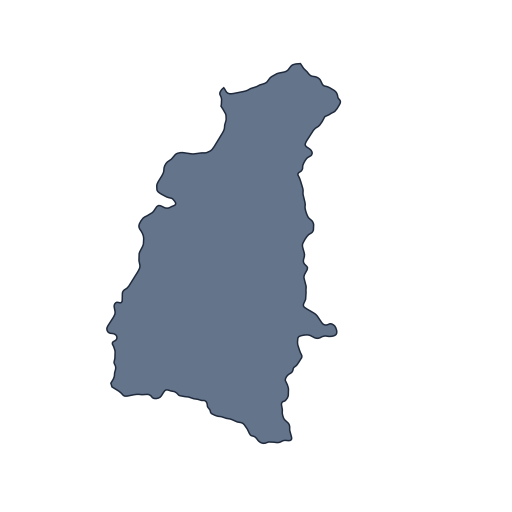 the district of Jarabacoa, La Vega, Dominican Republic, rotated 121°
{"feature_id": "3306468B89107795210133", "entity_name": "Jarabacoa", "entity_type": "district", "adm_level": 2, "iso_a3": "DOM", "parent_name": "Dominican Republic", "parent_adm1": "La Vega", "projection": "natural_earth1", "projection_center": [-70.715, 19.099], "detail": "fine", "context": "isolated", "style": "filled", "palette": "slate", "viewbox_px": 512, "rotation_deg": 121, "n_neighbors": 0, "source": "geoboundaries", "source_scale": "gbopen_adm2", "svg_char_len": 6121}
<svg xmlns="http://www.w3.org/2000/svg" viewBox="0 0 512 512"><g transform="rotate(121 256 256)"><path d="M145.6,363.2L147.2,359.9L149.6,355.6L150.7,354.3L154.0,352.1L155.0,351.6L159.8,350.3L162.9,348.8L164.8,348.3L167.6,348.1L183.9,348.2L187.3,348.5L188.6,348.9L189.7,349.4L192.5,351.3L193.7,352.5L195.7,355.8L200.7,362.1L201.4,363.3L205.2,372.3L206.4,374.1L208.3,376.1L209.4,376.9L210.6,377.4L216.6,378.4L221.0,380.4L223.1,380.8L225.8,380.7L227.8,380.2L230.9,378.7L232.8,378.2L235.6,378.0L242.7,378.1L245.5,377.8L247.2,377.1L250.4,374.9L251.1,373.8L251.5,372.6L251.7,370.4L251.7,368.2L251.4,362.9L250.9,360.8L250.0,358.1L250.0,356.9L250.3,355.9L251.0,353.8L251.8,352.4L252.6,351.7L253.7,351.6L254.7,352.0L257.1,353.8L259.2,355.1L260.1,355.9L260.8,356.9L261.6,358.7L262.0,363.0L262.3,364.3L262.9,365.4L263.4,365.8L263.9,366.1L265.0,366.5L270.3,366.8L272.2,367.2L277.5,370.0L280.0,371.6L281.8,372.3L285.2,372.7L288.6,372.5L290.5,371.9L291.9,370.8L292.9,369.3L294.0,366.9L295.0,365.2L296.7,363.0L298.8,361.3L303.5,358.8L304.7,358.4L306.7,358.1L312.1,357.8L314.1,357.4L319.3,354.5L320.4,353.8L323.9,350.6L325.0,350.0L326.3,349.5L328.3,349.3L330.4,349.2L347.4,349.5L350.0,350.0L353.1,351.5L354.8,351.8L356.5,351.5L363.0,347.8L363.9,347.4L364.4,347.4L365.4,347.6L366.1,348.3L366.9,350.6L367.4,351.5L368.3,352.1L369.9,352.4L371.1,352.2L372.2,351.7L373.2,350.9L376.2,348.2L377.3,347.5L378.5,347.0L380.3,346.8L382.3,346.7L391.9,347.0L393.2,346.9L394.5,346.7L395.1,346.4L396.1,345.7L396.8,344.8L397.4,343.6L397.5,342.3L397.3,341.1L396.1,338.5L395.8,337.3L395.8,336.7L395.9,335.4L396.1,334.8L396.8,333.8L397.7,333.1L398.8,332.7L399.9,332.7L401.0,333.1L403.1,334.3L404.1,334.4L404.6,334.3L405.5,333.7L407.0,331.3L408.3,329.8L409.7,328.2L410.7,327.4L416.5,324.2L419.3,323.3L420.3,322.9L421.1,322.2L422.6,319.9L423.5,319.1L424.4,318.5L425.5,318.0L429.0,317.0L431.6,315.7L432.7,315.3L435.2,314.9L439.8,314.9L442.4,312.0L442.5,304.0L442.9,301.2L443.8,298.0L443.8,296.8L443.6,296.2L443.0,295.1L442.2,294.0L437.9,289.3L436.1,287.1L435.0,285.3L433.6,282.3L430.5,277.8L430.0,276.5L429.9,275.2L430.0,274.0L430.7,272.0L430.8,270.9L430.5,269.7L429.6,268.1L428.2,266.6L426.5,265.5L424.6,265.1L420.3,265.0L418.5,264.8L417.5,264.4L416.7,263.5L416.2,262.4L415.5,259.4L414.4,256.5L414.2,255.3L414.3,253.4L415.0,250.8L415.1,250.3L414.9,249.2L413.2,244.6L411.6,241.2L410.4,235.8L408.9,232.3L407.8,228.1L406.8,226.5L406.4,225.6L406.4,224.4L406.5,223.9L407.0,222.8L408.1,221.6L410.1,220.0L410.6,219.0L411.6,216.4L412.2,215.6L413.5,214.3L413.9,213.3L414.0,212.8L413.7,209.2L413.3,207.2L412.9,205.9L411.6,203.0L410.4,197.7L409.0,194.2L408.6,192.2L407.9,186.6L406.6,183.2L406.2,181.3L406.6,179.3L408.9,174.2L411.5,170.3L412.3,168.6L412.4,167.5L411.7,164.9L411.6,163.7L412.0,161.9L413.1,159.1L413.4,157.8L413.5,156.4L413.4,155.1L412.8,153.2L411.7,151.7L409.6,150.0L408.8,149.2L406.5,145.0L405.2,142.0L404.2,140.5L402.9,139.3L400.8,138.0L399.5,136.8L398.6,135.3L397.6,133.1L396.6,131.8L395.8,131.3L394.6,131.2L394.1,131.4L393.1,132.1L388.3,137.1L387.2,137.9L385.1,139.1L383.8,140.3L383.1,141.3L382.6,142.5L381.8,146.4L381.4,147.7L380.7,148.9L379.4,150.5L377.4,152.4L374.1,154.3L370.7,157.3L369.7,158.0L368.6,158.3L367.6,158.2L366.8,157.8L365.4,156.6L363.8,156.2L361.4,156.0L360.1,156.2L358.9,156.5L353.7,159.4L352.6,160.2L350.3,162.7L347.6,166.8L346.6,167.3L345.5,167.6L343.6,167.7L341.8,167.4L340.6,167.0L338.1,165.7L337.1,165.4L335.4,165.4L333.5,166.0L332.6,166.2L331.7,166.0L329.2,165.0L328.0,164.8L324.8,164.6L319.5,164.5L318.6,164.9L317.7,165.5L315.8,168.4L314.1,170.5L310.5,174.6L309.4,175.4L308.4,176.1L304.9,177.8L303.9,177.9L302.8,177.6L301.3,176.5L299.5,174.6L297.8,172.4L296.8,170.6L296.2,168.6L295.9,163.7L295.6,162.4L295.1,161.2L294.4,160.2L293.1,159.0L291.1,157.8L289.8,156.6L288.7,155.2L287.7,152.7L287.1,151.5L285.9,149.8L284.5,148.3L283.4,147.5L282.2,147.0L281.0,147.0L280.4,147.2L279.2,147.8L278.2,148.6L276.4,150.7L275.4,152.6L275.2,154.0L275.2,155.9L275.6,157.1L276.3,158.0L278.0,159.2L279.1,160.4L279.6,161.5L279.8,162.1L279.8,163.5L279.3,165.3L275.9,172.6L275.5,173.9L275.2,175.4L275.1,177.6L275.2,185.2L275.1,187.3L274.9,188.6L274.3,189.7L273.3,190.3L272.2,190.6L269.3,190.9L267.5,191.2L261.7,194.2L259.2,195.8L257.0,196.9L256.0,197.6L250.8,202.9L249.8,203.8L248.7,204.4L246.8,204.9L241.3,205.1L239.8,205.7L239.3,206.0L238.8,207.0L237.9,210.5L237.3,211.5L236.5,212.4L235.0,213.3L231.5,214.3L229.9,215.1L228.4,216.4L224.7,220.3L223.7,221.2L222.6,221.9L221.4,222.3L219.5,222.5L216.3,222.6L213.0,222.4L210.6,221.9L207.5,220.3L206.4,220.0L205.2,220.0L204.1,220.2L199.5,222.7L198.6,223.5L197.5,225.0L197.0,226.2L196.3,230.1L195.8,231.4L194.7,233.1L193.0,235.3L191.2,237.2L189.7,238.6L188.6,239.3L186.4,240.4L184.9,241.6L179.2,247.2L178.1,248.0L175.4,249.5L173.9,250.8L169.6,255.5L166.9,258.7L165.0,261.7L164.6,262.1L163.7,262.4L162.6,262.3L159.9,261.0L158.2,260.9L157.1,261.1L154.6,262.4L153.4,262.7L150.9,263.0L148.3,263.0L146.4,262.8L145.2,262.5L141.7,260.6L140.5,260.4L139.3,260.7L138.8,260.9L137.9,261.7L137.0,263.3L136.6,265.2L136.4,269.1L136.0,270.2L135.7,270.7L135.3,271.2L134.2,271.6L133.0,271.8L131.1,271.9L118.6,271.5L115.9,270.9L112.8,269.3L110.8,268.8L106.7,268.5L101.1,268.8L97.2,266.1L94.9,265.0L92.4,263.4L91.3,262.9L89.9,262.7L87.9,262.4L83.2,262.4L81.4,262.6L80.3,263.1L79.8,263.5L79.2,264.4L78.5,266.5L78.0,267.4L76.1,269.1L75.0,270.5L74.4,271.6L74.0,273.0L73.8,274.5L73.8,279.1L74.0,281.3L74.3,282.7L75.0,284.8L75.1,285.9L75.0,286.5L74.6,287.6L72.1,291.4L71.6,292.7L71.4,294.0L71.4,295.4L71.6,296.8L72.0,298.0L72.9,300.2L73.2,301.4L73.2,302.7L72.8,304.5L71.7,307.4L71.0,310.7L70.6,312.0L68.2,317.0L70.8,320.7L72.1,322.0L73.5,323.2L75.2,323.8L80.2,324.4L81.9,325.1L83.5,326.3L87.6,330.8L89.1,332.1L94.4,335.1L96.1,335.7L101.1,336.2L102.8,336.9L104.3,338.0L107.5,340.9L110.2,342.5L111.1,343.2L115.3,346.9L118.0,348.4L119.5,349.5L121.7,351.7L128.3,359.0L129.5,360.5L130.5,362.1L130.9,363.8L130.8,365.4L130.3,366.6L129.1,368.7L128.4,370.3L130.1,370.9L131.9,371.2L133.7,371.2L134.8,371.0L135.8,370.4L136.2,370.0L137.7,367.8L139.4,366.2L144.0,363.7L145.6,363.2Z" fill="#64748b" stroke="#1e293b" stroke-width="1.5"/></g></svg>